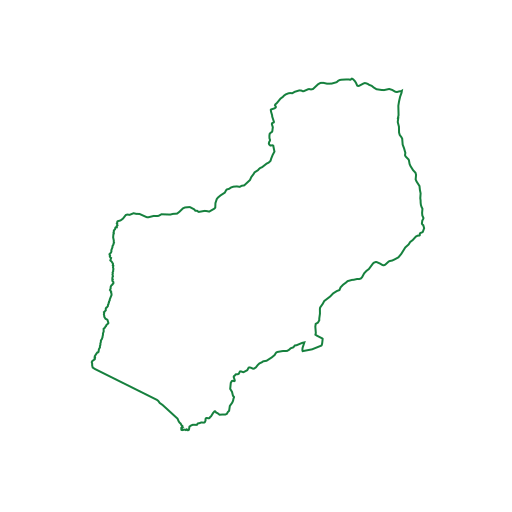 outline of Mecula, Niassa, Mozambique, rotated 342°
{"feature_id": "85939544B86519405521682", "entity_name": "Mecula", "entity_type": "district", "adm_level": 2, "iso_a3": "MOZ", "parent_name": "Mozambique", "parent_adm1": "Niassa", "projection": "mercator", "projection_center": [37.409, -11.97], "detail": "fine", "context": "isolated", "style": "outline", "palette": "green", "viewbox_px": 512, "rotation_deg": 342, "n_neighbors": 0, "source": "geoboundaries", "source_scale": "gbopen_adm2", "svg_char_len": 6117}
<svg xmlns="http://www.w3.org/2000/svg" viewBox="0 0 512 512"><g transform="rotate(342 256 256)"><path d="M391.0,301.3L394.8,298.9L400.6,294.0L404.7,292.2L407.0,290.3L409.9,289.3L414.1,286.9L416.1,286.6L417.5,287.0L418.1,286.9L418.8,285.3L419.5,284.9L421.0,284.9L422.1,284.6L424.5,281.5L424.6,278.4L423.9,277.3L423.8,276.4L425.1,273.7L426.7,272.2L427.0,271.6L426.7,268.8L427.3,266.3L428.9,262.5L428.6,260.4L428.6,258.5L429.0,256.4L429.7,254.0L430.1,251.8L431.9,247.3L432.3,243.8L433.1,240.0L431.7,234.7L431.5,232.5L433.3,228.3L433.4,226.1L431.9,222.9L430.7,218.1L430.5,215.9L431.0,212.3L430.9,211.3L429.2,207.9L428.9,206.8L428.9,206.1L429.9,204.1L430.1,199.3L429.9,195.4L431.3,189.6L431.0,187.9L430.1,185.3L430.2,182.8L431.9,177.2L432.2,172.4L433.9,168.8L433.6,168.7L435.1,166.1L437.8,157.1L439.8,153.2L442.3,149.0L444.8,145.8L445.8,143.9L444.9,144.1L443.2,143.7L440.7,143.6L439.2,142.8L436.9,140.2L434.3,138.3L429.2,137.8L426.9,137.0L422.1,134.6L420.0,132.1L418.6,129.9L416.5,128.2L415.4,126.8L413.8,125.6L412.7,125.1L411.3,125.2L406.7,126.0L405.7,125.9L404.9,125.2L404.6,122.3L404.1,120.3L403.0,118.0L402.1,117.0L401.7,116.9L400.6,117.5L400.0,117.5L398.9,116.8L396.8,116.1L391.5,114.7L389.9,114.5L388.2,114.8L387.0,115.4L386.0,115.6L381.1,115.4L376.7,114.0L373.7,112.2L370.8,111.3L368.2,111.8L361.8,114.8L359.8,114.6L358.2,113.7L357.3,113.5L352.2,114.0L351.3,113.7L350.3,112.7L348.4,111.9L343.6,111.8L340.8,112.4L338.9,111.6L337.1,111.3L334.2,111.5L332.0,112.2L330.9,112.9L327.9,113.9L323.1,117.0L321.2,117.8L320.6,118.5L321.0,120.0L320.7,120.8L319.3,121.3L315.6,121.3L315.2,121.6L314.9,123.5L314.8,127.2L314.5,128.4L314.5,134.1L314.0,134.5L312.5,134.6L312.1,134.9L311.8,135.7L311.8,138.7L310.1,142.3L309.5,142.9L307.8,143.4L306.7,144.1L305.9,145.8L305.2,148.1L305.2,150.0L304.9,150.6L303.7,151.7L303.0,152.9L303.0,154.0L303.8,155.4L305.9,155.8L306.5,156.4L305.8,162.4L303.1,165.0L300.6,168.0L299.2,170.0L296.9,171.1L294.7,171.4L289.3,173.4L287.2,173.6L285.7,174.2L284.4,175.0L280.5,176.0L278.9,177.4L276.0,179.4L273.7,181.9L266.6,185.2L264.1,184.8L261.9,185.2L259.3,183.9L256.0,183.1L253.5,183.1L251.2,183.8L248.8,183.7L247.9,184.2L245.9,186.1L241.0,187.4L237.8,188.7L236.3,189.7L233.8,193.1L232.2,197.4L231.0,198.1L225.2,199.3L222.9,198.0L221.0,197.2L215.3,196.4L214.9,196.2L214.1,194.9L212.3,194.2L211.6,192.5L208.5,189.3L207.8,188.9L203.5,187.9L201.3,188.1L196.8,190.3L194.0,191.3L190.1,190.3L187.2,190.1L179.0,187.1L175.8,187.7L174.2,187.4L171.1,186.3L165.6,185.9L164.4,185.5L163.6,184.9L158.2,180.0L155.1,178.9L152.8,177.5L148.5,177.8L146.4,176.8L144.8,176.8L141.1,179.3L139.2,180.0L138.1,180.3L135.1,180.2L134.5,180.8L134.1,181.9L133.8,182.0L134.0,182.6L133.6,183.3L133.7,184.1L132.8,184.5L132.5,185.7L131.3,185.4L131.0,185.6L130.3,186.9L128.7,187.8L128.2,189.3L127.8,189.5L127.7,190.8L127.2,191.0L125.9,194.1L125.5,197.5L125.0,198.8L125.1,199.5L124.4,200.1L123.9,201.1L122.6,202.2L122.2,203.3L120.2,205.8L120.0,206.8L119.2,207.9L117.2,209.0L117.1,209.7L117.4,210.4L116.8,211.3L117.0,212.3L117.6,213.1L116.1,215.2L117.0,216.8L117.6,219.2L117.5,219.6L116.9,220.6L117.3,221.2L116.5,222.5L116.4,224.3L115.8,225.2L115.5,226.3L114.5,227.4L114.4,228.5L113.8,229.2L113.7,231.1L112.9,231.8L112.6,232.9L112.2,233.4L112.5,234.1L112.0,234.5L111.7,235.2L112.3,236.7L112.0,237.8L111.6,238.2L111.0,238.3L110.5,238.9L109.3,239.3L108.2,240.5L107.7,242.0L106.6,243.2L107.0,244.0L106.9,244.6L107.2,245.3L106.8,246.0L107.0,246.6L106.6,248.4L103.5,252.1L103.1,253.1L102.1,253.9L101.8,254.8L101.4,255.0L100.8,256.2L100.1,256.7L99.7,257.8L98.3,258.8L97.7,258.8L96.9,259.5L96.3,261.3L94.0,262.4L94.1,263.2L93.3,264.4L93.2,266.0L92.9,266.9L93.5,269.3L94.4,270.0L95.0,271.0L94.9,274.1L94.7,274.4L92.4,275.4L91.6,276.4L91.1,276.5L90.1,277.5L88.6,278.1L87.8,280.7L86.5,282.4L86.1,283.7L85.2,285.1L85.0,285.7L83.7,287.4L82.4,288.4L81.9,289.8L80.8,291.4L80.6,292.4L79.7,293.4L79.4,294.6L77.8,296.1L76.6,298.5L75.7,298.9L75.3,298.7L74.4,299.3L71.8,301.4L71.5,301.9L71.7,302.6L71.4,303.2L70.9,303.2L70.7,304.4L67.9,305.3L67.0,306.2L66.9,307.9L66.4,309.2L66.2,311.6L67.9,313.7L117.3,362.2L118.3,363.7L119.0,366.0L121.1,368.8L131.1,386.4L131.4,389.5L131.9,391.1L132.4,391.7L132.7,392.8L132.9,394.4L133.4,394.8L133.1,395.5L133.4,396.1L131.8,396.4L131.7,396.6L132.0,397.2L131.8,397.5L131.8,398.0L131.4,398.1L131.4,398.4L132.1,398.8L133.0,398.6L133.4,399.0L134.1,399.0L135.0,399.3L135.5,399.9L135.9,399.9L136.6,399.5L137.4,400.7L138.3,400.6L138.7,400.2L140.0,397.7L142.0,397.1L143.8,397.0L147.2,398.2L147.9,398.2L148.5,397.5L149.0,397.3L150.8,397.5L152.5,397.4L154.5,398.2L155.5,398.4L156.1,398.1L157.2,396.8L157.6,395.5L158.1,394.9L159.0,394.8L161.0,395.8L161.7,395.7L162.6,395.0L163.7,394.6L166.6,392.1L168.6,390.9L169.2,391.1L169.8,392.7L170.8,393.5L172.3,395.7L175.5,396.5L177.9,397.3L179.5,397.1L181.0,395.7L182.6,394.9L184.8,390.5L188.1,388.1L189.5,386.5L190.5,384.7L191.4,383.6L191.5,383.1L190.9,381.8L191.2,377.8L190.4,374.4L192.8,368.9L194.3,367.5L194.8,367.4L195.5,367.6L196.6,368.3L197.1,368.2L197.4,367.7L197.4,364.1L197.8,363.5L198.8,363.2L200.1,362.3L202.2,362.8L203.2,362.7L205.0,360.9L205.9,361.0L208.0,362.6L208.4,362.6L212.4,361.9L214.5,359.9L215.2,359.9L216.4,360.5L218.4,362.3L219.3,362.5L221.5,361.9L224.0,360.2L226.1,359.2L228.7,358.9L230.3,358.4L233.7,358.9L239.7,357.3L243.2,355.9L244.5,354.7L245.6,354.0L246.8,353.9L251.9,354.6L256.2,355.9L258.5,355.4L260.4,354.5L263.3,354.4L265.3,353.1L267.0,353.4L273.1,352.9L275.3,353.1L271.8,357.9L271.0,359.9L271.0,360.9L280.5,362.1L290.5,361.4L291.1,360.9L292.0,359.4L293.8,355.4L293.6,354.9L289.3,350.6L288.2,349.2L289.1,347.7L290.6,341.5L291.8,339.0L294.3,338.5L296.3,336.7L296.9,334.9L299.0,330.6L300.4,326.1L301.1,324.8L304.7,322.1L307.0,319.9L314.1,317.4L317.8,315.4L322.1,314.3L324.8,314.2L326.8,311.9L330.0,310.2L333.6,309.0L335.3,308.2L340.1,308.4L341.4,308.8L345.0,309.1L347.0,309.8L348.8,309.8L350.4,308.9L353.5,305.9L356.4,304.3L359.3,303.3L364.9,299.3L366.0,298.8L368.0,298.7L368.8,299.0L371.6,301.5L373.5,303.7L374.6,304.3L375.4,304.3L376.2,304.2L380.4,302.3L381.4,302.1L384.1,302.4L386.6,302.1L391.0,301.3Z" fill="none" stroke="#15803d" stroke-width="2"/></g></svg>